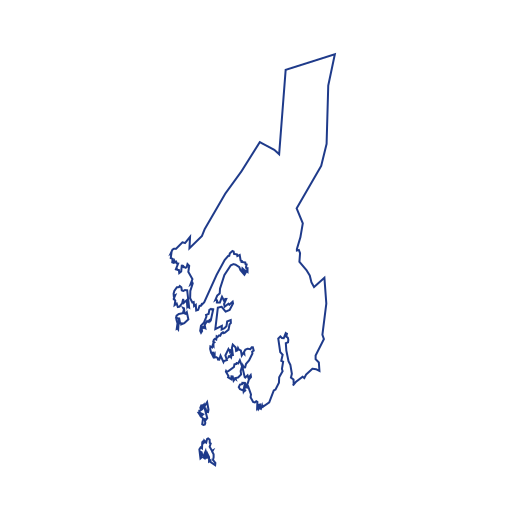 the district of Roan nor, Sør-Trøndelag, Norway, rotated 281°
{"feature_id": "86288312B70767973443782", "entity_name": "Roan nor", "entity_type": "district", "adm_level": 2, "iso_a3": "NOR", "parent_name": "Norway", "parent_adm1": "Sør-Trøndelag", "projection": "robinson", "projection_center": [10.233, 64.168], "detail": "fine", "context": "isolated", "style": "outline", "palette": "blue", "viewbox_px": 512, "rotation_deg": 281, "n_neighbors": 0, "source": "geoboundaries", "source_scale": "gbopen_adm2", "svg_char_len": 6093}
<svg xmlns="http://www.w3.org/2000/svg" viewBox="0 0 512 512"><g transform="rotate(281 256 256)"><path d="M262.2,187.6L255.2,183.9L255.4,181.2L247.8,176.1L247.5,174.1L246.3,172.8L242.2,171.8L242.8,172.4L237.7,172.7L237.3,174.7L233.8,175.0L233.6,176.3L235.9,176.7L234.3,177.9L235.2,178.7L233.6,179.8L233.7,181.0L226.7,179.7L228.6,180.4L227.4,181.7L227.5,183.0L224.6,183.9L226.5,185.5L233.2,184.9L231.3,185.8L232.1,186.6L230.6,187.6L231.5,187.5L231.0,189.1L231.8,190.1L235.0,190.3L233.6,192.3L227.5,192.6L221.2,198.0L215.6,197.1L217.5,198.8L217.0,199.1L209.2,198.2L202.0,199.4L198.2,202.4L198.9,203.6L195.0,204.8L196.6,206.2L191.1,207.7L192.1,209.5L196.3,210.1L196.6,211.4L199.4,212.2L198.3,212.4L200.7,214.0L230.2,221.0L246.1,226.0L250.8,228.7L251.1,229.7L253.6,229.8L256.4,231.9L256.1,233.2L253.8,234.1L254.0,236.8L254.6,236.8L252.4,237.7L253.9,239.8L248.6,241.8L248.4,243.0L247.4,243.0L247.6,246.7L246.0,247.3L245.9,248.4L243.1,248.3L242.1,248.9L242.4,250.0L238.8,250.7L239.2,249.9L238.2,250.1L239.5,249.2L239.1,248.5L241.3,245.0L240.6,245.0L237.8,247.7L237.6,249.0L235.4,248.2L239.1,243.5L241.9,241.7L243.6,237.6L243.7,235.4L242.0,233.0L231.3,228.6L217.1,226.9L212.3,227.5L209.8,225.5L205.1,224.5L205.8,225.2L204.8,226.3L202.9,226.5L203.4,229.4L209.5,230.4L205.9,233.2L208.0,234.0L208.2,235.0L202.8,233.8L200.3,234.9L203.9,238.1L203.1,239.1L206.7,241.8L205.0,242.5L198.0,240.4L195.6,236.8L199.6,231.9L198.0,228.4L176.5,230.0L180.9,235.8L177.3,236.3L179.1,238.8L181.5,240.4L186.3,240.2L188.3,243.4L185.4,244.1L183.9,243.1L178.4,243.1L174.7,240.0L174.0,238.7L174.8,238.1L173.5,236.8L170.9,236.1L171.0,234.9L169.1,233.7L169.6,232.7L166.4,232.9L166.8,231.4L165.7,230.6L163.8,230.4L163.3,231.6L162.3,230.8L159.3,231.5L160.0,230.5L157.9,230.4L158.5,228.5L156.1,228.7L152.5,230.4L153.0,232.6L152.0,232.6L151.8,231.1L148.9,233.3L151.4,234.2L148.5,234.8L149.1,236.3L148.5,237.9L147.1,238.4L147.2,239.7L151.4,240.2L145.7,244.3L146.7,244.5L148.3,247.3L152.6,244.9L159.4,246.7L158.3,247.6L158.8,248.6L157.8,249.8L156.8,249.4L157.3,248.7L156.4,249.0L157.5,250.7L155.2,250.7L152.8,249.7L152.4,248.4L151.4,248.4L152.7,249.8L151.7,250.9L154.0,250.9L154.4,252.2L161.1,249.9L164.6,250.1L162.3,253.5L159.0,254.6L159.8,255.7L162.2,255.9L160.9,256.9L160.3,259.2L155.6,261.0L158.4,262.1L157.6,263.2L159.6,262.6L162.0,263.4L163.4,265.5L163.4,268.2L165.6,269.2L165.8,270.3L162.7,271.8L161.4,270.5L159.5,271.1L152.2,269.1L148.2,266.8L144.6,266.6L144.3,265.4L146.5,263.6L145.8,262.9L150.6,260.0L147.1,259.0L147.2,257.4L146.2,257.2L145.6,255.5L142.8,255.5L137.7,250.8L136.7,249.3L137.4,248.6L136.7,248.5L132.9,251.9L131.6,251.7L130.3,255.2L133.2,254.9L133.3,256.1L129.3,257.8L131.6,258.9L131.3,259.5L132.2,259.0L133.3,261.6L136.9,264.0L140.1,262.9L145.3,263.4L135.0,268.0L134.6,268.7L137.2,270.5L134.9,271.8L138.1,273.5L136.2,274.2L133.4,272.6L126.8,271.9L126.3,271.1L127.7,270.4L126.7,270.2L127.4,269.4L130.0,268.6L128.9,268.4L128.9,266.8L127.5,266.7L126.7,264.8L124.0,264.1L122.3,265.6L121.8,267.9L122.4,269.0L120.7,269.6L122.2,270.0L121.2,270.5L121.9,271.1L123.6,269.4L127.0,269.4L124.8,270.6L126.7,272.0L125.4,272.6L126.3,273.3L119.1,277.5L116.3,277.6L112.2,281.0L112.0,282.8L113.5,283.9L113.0,285.2L107.2,286.1L110.6,287.4L111.0,288.4L108.2,288.5L106.6,286.9L105.8,287.5L107.6,288.3L106.9,290.0L110.2,290.5L108.2,291.3L110.3,291.5L110.2,292.4L114.8,296.9L127.4,299.1L128.6,300.6L136.0,302.7L141.4,301.9L148.0,304.1L150.1,303.0L157.4,302.8L157.9,300.8L164.2,301.0L166.3,298.1L179.2,293.6L181.7,295.3L180.4,297.1L180.6,298.9L186.0,299.9L185.5,300.8L186.4,301.2L182.6,301.1L181.9,302.8L180.0,303.7L177.4,303.9L176.1,301.9L169.0,303.8L158.9,308.0L155.7,310.5L147.2,313.7L143.3,313.5L141.9,316.4L137.2,317.5L135.9,316.9L140.2,319.3L146.4,324.8L145.4,326.7L149.2,327.8L156.1,332.9L156.3,336.7L155.3,340.2L163.5,338.0L166.1,334.2L169.7,333.5L187.4,338.5L191.4,336.2L222.7,334.1L247.7,327.3L236.6,318.9L240.8,315.4L247.1,312.5L251.7,308.3L258.6,299.7L267.2,298.7L270.1,296.9L269.2,295.1L270.5,294.8L282.9,296.0L297.0,295.7L310.5,286.8L356.9,302.8L379.5,303.9L437.1,294.4L469.1,294.9L444.4,249.6L360.3,259.3L363.6,253.9L368.5,238.0L336.2,225.5L311.5,214.0L272.6,200.5L265.3,199.1L250.9,189.2L262.2,187.6ZM210.2,184.3L206.2,182.5L203.3,182.3L201.2,182.9L202.2,184.2L198.4,183.4L197.0,183.8L198.2,183.9L196.7,185.3L192.3,185.5L194.2,187.2L191.0,189.0L191.6,190.5L195.4,192.5L199.9,192.7L196.3,194.1L199.5,196.5L193.2,198.2L195.1,198.8L193.0,199.1L192.6,200.2L209.2,195.0L209.0,192.7L207.8,191.3L208.1,189.7L211.0,188.7L212.0,186.9L210.7,186.3L210.2,184.3ZM57.6,238.2L55.4,237.3L46.7,240.1L47.9,241.0L53.1,238.9L53.0,240.0L50.1,241.4L50.4,242.9L48.2,242.9L47.7,244.0L51.7,243.1L54.5,243.7L48.4,245.7L48.7,246.6L52.5,246.1L49.6,248.3L45.4,249.1L46.7,250.3L45.1,250.6L42.9,255.8L45.1,255.6L47.6,252.7L50.4,252.8L53.3,252.2L55.6,250.3L56.9,250.7L56.3,250.0L59.9,246.9L63.3,247.3L63.7,246.3L66.9,245.5L67.8,243.8L67.0,242.9L63.5,242.7L64.6,241.0L62.3,241.2L64.2,240.1L62.9,239.9L63.6,239.2L63.0,238.8L56.9,239.7L57.6,238.2ZM182.3,189.4L180.1,189.3L180.0,190.6L178.4,190.0L174.9,191.8L169.4,192.1L169.9,192.7L169.1,193.6L180.8,192.2L175.4,194.4L175.7,195.7L174.7,195.8L176.4,198.4L180.9,201.7L187.6,198.8L185.8,198.0L186.0,196.9L190.9,195.3L191.1,194.4L189.7,195.5L185.9,195.1L184.3,191.2L182.3,189.4ZM91.1,229.5L88.8,231.7L91.1,231.9L90.5,234.3L88.0,232.5L86.5,235.0L80.6,235.3L80.1,236.6L80.8,237.9L82.4,238.1L87.0,236.3L85.3,237.9L87.5,239.1L95.6,235.2L96.2,235.8L94.3,236.5L94.7,237.1L93.6,237.6L93.6,238.7L96.1,238.7L103.2,235.9L98.8,234.2L96.9,234.7L97.6,233.6L100.1,233.1L99.5,232.7L100.2,232.1L96.3,232.9L94.8,232.2L97.9,232.3L97.3,231.4L98.9,231.6L98.9,230.8L96.4,230.3L94.4,231.5L92.9,230.2L94.2,229.7L91.3,230.3L91.1,229.5ZM177.1,215.3L171.9,215.5L170.2,216.7L172.0,217.4L175.6,215.9L174.4,216.8L175.9,217.1L175.5,218.2L177.5,218.2L175.1,219.1L175.8,219.2L175.5,220.0L178.6,218.8L182.8,220.4L182.2,221.6L184.5,222.7L184.9,223.4L183.6,223.6L184.1,223.9L196.4,224.2L194.8,223.5L195.5,221.9L194.2,220.5L190.1,220.5L188.6,218.2L187.0,218.9L180.7,217.6L177.1,215.3Z" fill="none" stroke="#1e3a8a" stroke-width="2"/></g></svg>